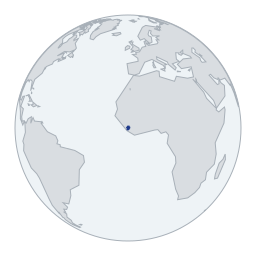 the Earth from above Eastern, rotated 357°
{"feature_id": "SLE-790", "entity_name": "Eastern", "entity_type": "Province", "adm_level": 1, "iso_a3": "SLE", "parent_name": "Sierra Leone", "parent_adm1": "", "projection": "orthographic", "projection_center": [-11.073, 8.208], "detail": "fine", "context": "on_globe", "style": "filled", "palette": "blue", "viewbox_px": 256, "rotation_deg": 357, "n_neighbors": 0, "source": "natural_earth", "source_scale": "10m", "svg_char_len": 8877}
<svg xmlns="http://www.w3.org/2000/svg" viewBox="0 0 256 256"><g transform="rotate(357 128 128)"><circle cx="128" cy="128" r="113" fill="#eef3f6" stroke="#a8b0b8"/><path d="M92.9,21.0L85.1,24.2L87.3,23.4L85.2,24.9L86.9,24.6L84.7,25.7L88.0,24.6L89.8,23.6L91.8,22.9L93.0,22.7L90.4,24.0L89.4,24.3L89.2,24.6L87.4,25.4L89.0,24.9L85.6,26.7L90.7,24.8L89.5,26.1L86.7,27.4L84.8,27.4L73.6,31.5L70.3,33.4L67.5,35.7L67.1,39.5L64.3,41.8L62.2,44.7L64.7,43.2L67.3,40.4L71.5,38.7L74.1,35.8L76.2,34.8L79.8,32.2L81.7,32.6L81.5,34.5L78.6,36.8L78.5,37.9L83.2,35.9L79.7,40.8L80.6,45.5L79.5,47.0L73.7,49.0L68.7,48.2L61.2,52.2L68.5,49.7L65.5,54.1L66.0,55.1L67.5,55.1L69.6,53.6L69.1,55.3L61.7,58.0L62.1,56.5L64.4,55.5L62.1,55.3L57.1,57.8L55.9,60.1L49.6,62.4L48.7,64.3L46.8,66.0L48.7,62.8L45.2,68.8L37.5,74.5L32.7,85.7L34.8,76.5L34.0,75.1L32.6,74.8L31.7,76.5L30.9,74.5L28.2,77.7L24.1,86.3L21.8,93.4L22.9,94.5L24.7,90.9L26.4,90.7L22.1,100.7L24.5,103.3L22.4,111.2L22.7,115.7L24.7,115.2L26.5,117.8L28.8,113.5L32.1,111.7L31.1,118.2L33.7,112.6L35.0,116.2L42.2,117.3L41.4,118.6L47.3,127.5L55.4,132.1L57.3,137.1L56.2,140.0L59.4,141.2L59.4,143.2L73.6,147.6L82.1,153.2L82.7,159.9L77.2,167.1L76.0,182.6L67.1,186.6L67.4,192.6L64.9,200.7L59.2,199.2L63.5,203.9L62.5,206.1L59.6,205.7L61.3,208.7L59.3,208.4L62.3,210.6L62.4,213.8L66.5,217.2L67.5,219.7L70.2,221.6L69.3,221.4L69.3,221.8L70.5,222.8L66.1,220.5L60.8,216.3L59.4,214.4L58.2,213.8L54.8,208.8L54.7,209.6L48.4,201.3L45.4,194.5L37.0,173.5L34.5,168.9L29.3,162.8L22.6,145.3L23.2,139.0L22.3,135.6L25.3,127.0L25.3,118.1L24.5,116.5L23.1,119.5L21.0,113.0L21.4,106.0L21.1,92.4L21.4,91.7L24.2,84.2L27.6,76.9L31.5,69.9L35.9,63.2L40.7,56.8L46.0,50.8L51.7,45.1L57.8,39.9L64.2,35.2L71.0,30.8L78.1,27.0L85.4,23.7L92.9,21.0ZM30.9,89.4L33.8,96.2L30.7,96.1L31.6,95.2L31.1,92.6L29.9,90.0L27.6,90.6L30.9,89.4ZM35.4,83.8L34.8,83.1L35.6,83.3L35.4,83.8ZM78.6,32.2L79.2,32.2L78.2,32.7L78.6,32.2ZM79.5,31.2L78.0,31.7L78.2,31.3L79.2,31.0L79.5,31.2ZM81.4,30.6L78.8,30.6L79.3,29.9L83.3,28.1L81.4,30.6ZM89.8,23.4L88.0,24.4L88.4,23.8L89.8,23.4ZM89.5,23.2L87.7,23.0L90.9,21.7L90.9,21.9L94.2,20.6L96.6,20.1L95.4,20.7L92.8,21.6L95.7,20.7L89.5,23.2ZM92.7,22.6L92.0,22.5L94.8,21.4L96.6,21.3L95.1,21.6L92.7,22.6ZM93.8,20.7L96.2,19.9L98.8,19.2L100.1,18.9L97.0,20.0L93.8,20.7ZM95.1,21.8L97.4,21.3L97.2,21.7L93.5,22.5L95.1,21.8ZM94.7,21.2L96.1,20.7L95.9,20.9L94.7,21.2ZM97.8,23.5L97.0,23.2L98.3,22.6L97.8,23.5ZM98.3,21.0L98.3,20.9L98.8,20.7L100.2,20.4L98.3,21.0ZM99.1,19.5L99.7,19.5L100.5,19.0L102.5,18.7L100.0,19.5L101.9,19.0L102.6,18.9L99.9,19.7L99.1,19.5ZM103.0,19.6L100.6,20.8L101.9,21.3L100.7,21.9L98.9,21.0L103.0,19.6ZM101.4,19.6L102.2,19.7L100.3,20.2L98.7,20.5L101.4,19.6ZM104.7,18.2L102.3,18.5L102.9,18.3L104.7,18.2ZM103.8,19.6L104.3,19.3L104.1,19.5L103.8,19.6ZM104.8,18.4L103.9,18.5L104.6,18.3L104.8,18.4ZM106.3,18.7L105.5,19.1L104.3,19.2L106.3,18.7ZM105.9,18.5L107.2,18.2L104.4,19.1L105.4,18.6L105.9,18.5ZM105.7,18.2L105.8,18.1L106.0,18.2L105.7,18.2ZM111.1,18.2L107.9,19.2L105.4,19.4L108.8,18.4L111.1,18.2ZM74.6,224.9L67.1,221.2L70.7,223.0L70.3,221.8L75.4,224.5L74.6,224.9ZM74.6,222.0L75.9,221.6L77.0,222.2L76.4,222.6L74.6,222.0ZM153.2,18.2L154.5,18.5L154.4,18.5L162.5,20.8L170.3,23.6L177.9,27.0L185.2,31.0L192.2,35.5L198.9,40.5L205.2,46.0L211.0,51.9L216.4,58.3L221.4,65.0L225.8,72.1L229.6,79.4L232.9,87.1L235.7,95.0L236.3,97.1L238.8,107.7L239.5,112.9L235.8,98.7L232.3,89.0L232.1,90.5L227.3,83.3L222.4,84.9L220.6,82.6L220.0,84.2L216.4,82.4L213.3,78.7L211.7,79.5L219.6,89.3L221.2,88.6L221.2,84.0L223.2,87.7L226.5,90.5L226.5,101.1L217.5,112.7L214.9,104.9L199.1,85.5L198.7,83.1L198.5,82.8L198.2,82.4L198.5,86.3L195.2,82.6L205.5,96.2L208.0,102.5L217.4,113.2L217.0,114.6L219.5,116.7L225.4,112.1L225.9,114.8L224.1,128.1L214.3,147.3L214.7,158.6L212.3,168.6L204.1,176.3L202.6,183.7L198.0,186.9L196.3,191.1L191.4,196.0L184.0,200.9L173.8,202.2L174.9,198.5L172.4,191.6L169.7,174.2L174.0,165.5L173.9,159.1L166.3,145.3L168.1,137.0L165.6,133.8L160.8,135.1L157.7,131.2L154.6,131.4L134.1,135.5L126.8,130.6L115.6,115.1L118.5,108.6L117.3,101.3L136.2,75.8L142.3,76.8L159.5,72.3L162.0,73.0L162.2,78.4L176.9,83.8L179.0,78.9L190.1,81.4L196.1,80.4L194.3,70.2L184.5,71.5L180.6,67.0L186.7,61.9L195.0,61.4L193.8,59.7L186.7,56.4L186.7,53.1L184.0,55.2L186.5,56.7L184.9,58.2L182.5,56.9L182.6,55.7L179.6,55.3L179.9,61.8L182.5,64.1L175.7,66.2L179.3,70.3L178.1,72.6L171.6,66.5L170.8,64.1L160.2,58.4L160.5,61.0L170.5,66.8L168.2,66.5L168.5,70.7L166.5,67.3L155.5,60.8L148.1,63.2L142.0,74.2L137.1,75.5L131.4,74.0L130.4,63.7L141.6,61.9L141.4,58.8L136.4,54.8L140.2,54.8L139.6,53.1L143.5,52.5L146.4,48.1L150.0,47.4L148.5,42.6L150.2,41.7L150.6,44.7L152.8,46.6L161.5,45.4L162.4,44.2L160.7,41.4L163.3,41.6L160.6,39.0L164.3,37.6L157.5,37.4L155.4,34.6L156.2,32.3L154.3,31.5L152.9,35.3L153.5,37.0L156.0,38.3L156.5,43.5L154.1,44.6L148.9,39.6L144.9,40.9L142.6,36.9L147.6,28.2L151.0,26.5L162.1,28.8L162.8,30.4L159.2,30.2L164.9,32.7L163.3,31.3L165.5,31.7L164.0,29.6L165.4,29.8L161.5,27.6L163.1,27.7L165.6,29.1L164.8,26.5L167.4,26.4L166.5,25.7L164.8,25.1L169.3,25.6L168.5,25.2L166.7,24.8L163.8,23.7L160.5,22.1L162.2,22.4L163.6,23.0L169.3,24.9L172.8,26.8L173.2,26.8L170.5,25.2L163.7,22.8L161.2,21.8L164.4,22.7L163.0,22.3L162.3,21.9L163.2,21.9L159.7,20.9L149.7,17.6L150.5,17.6L153.2,18.2ZM132.1,88.3L132.2,90.5L132.1,88.3ZM205.5,66.3L209.3,66.0L204.5,60.4L205.6,59.9L203.6,58.3L204.2,60.0L198.8,55.7L199.3,53.8L197.3,51.5L195.9,51.5L195.8,55.8L203.5,61.8L204.0,64.4L205.5,66.3ZM42.5,117.2L43.2,118.6L42.0,118.5L42.5,117.2ZM29.5,98.6L30.5,99.1L30.7,100.2L29.9,100.3L29.5,98.6ZM39.4,101.1L40.9,102.0L39.0,102.2L39.4,101.1ZM34.4,97.1L38.2,100.7L34.7,101.9L32.4,99.8L34.4,99.6L34.4,97.1ZM33.5,87.3L33.9,87.9L33.3,89.0L33.5,87.3ZM36.0,84.0L35.7,84.0L35.8,83.0L36.0,84.0ZM65.9,53.9L66.5,53.8L67.7,54.2L66.5,54.8L65.9,53.9ZM77.4,52.3L76.3,55.1L76.2,53.4L74.2,54.5L71.6,52.4L78.7,47.7L76.0,50.1L77.4,52.3ZM70.0,48.9L70.9,50.4L69.7,48.9L70.0,48.9ZM131.9,45.7L134.2,46.5L133.9,48.4L129.3,50.3L129.6,47.4L131.9,45.7ZM137.4,47.2L133.5,42.2L136.2,41.1L135.4,42.5L137.5,42.3L136.7,44.5L143.1,48.8L143.3,50.8L134.7,52.7L137.4,50.8L135.0,50.0L137.4,47.2ZM119.0,34.3L117.3,32.9L125.3,32.2L125.9,33.6L121.4,35.3L118.0,34.7L119.0,34.3ZM89.1,27.7L88.0,27.9L88.7,27.4L90.3,27.0L89.1,27.7ZM97.3,23.4L94.9,27.0L93.4,27.2L93.7,29.5L90.1,31.1L90.0,29.5L87.4,32.6L85.9,31.8L84.5,34.0L84.8,30.3L83.3,30.0L86.4,29.6L89.7,28.1L90.8,27.4L92.6,25.2L91.1,24.1L94.2,22.8L96.9,22.1L97.7,22.1L95.4,22.9L98.2,22.4L95.5,23.7L97.3,23.4ZM125.6,19.4L122.6,19.6L127.7,20.2L125.0,20.9L125.8,20.9L124.7,21.8L124.7,23.0L123.2,23.2L123.9,23.6L123.2,24.3L123.6,25.0L121.0,25.7L121.3,26.7L119.9,26.5L121.1,28.0L119.0,27.3L118.0,28.3L120.5,28.5L105.5,32.4L100.8,35.2L98.0,38.1L94.8,36.9L95.5,33.5L98.3,29.8L103.3,27.5L100.9,27.6L102.6,26.5L103.8,26.9L103.0,25.8L104.7,25.1L107.2,22.8L105.1,21.9L106.0,21.2L107.7,21.2L107.4,20.5L111.1,20.1L111.8,19.7L116.2,19.0L119.0,19.6L119.6,19.1L122.9,18.8L125.6,19.4ZM112.3,18.0L116.3,18.2L116.8,18.7L109.0,19.7L107.8,20.1L102.8,21.1L102.2,20.4L103.7,20.1L105.0,19.7L104.6,20.1L105.9,19.5L108.0,19.3L109.5,18.8L110.4,18.9L112.3,18.0ZM163.5,70.8L165.2,70.8L167.6,70.3L167.9,73.1L163.5,70.8ZM156.0,66.4L157.4,65.9L158.9,69.2L157.2,69.3L156.0,66.4ZM156.8,63.0L157.3,65.6L156.0,64.2L156.8,63.0ZM151.7,44.2L153.0,43.7L153.6,44.3L153.5,45.4L151.7,44.2ZM140.1,22.7L138.3,22.4L138.4,22.1L135.4,21.0L137.2,20.6L139.6,21.2L140.1,22.7ZM193.4,72.1L192.5,74.3L191.2,73.5L191.8,72.9L193.4,72.1ZM180.2,73.7L183.8,74.5L180.2,74.4L180.2,73.7ZM141.5,22.1L140.1,21.6L141.9,21.8L141.5,22.1ZM138.3,20.3L140.1,20.4L137.0,20.5L138.3,20.3ZM199.7,214.9L199.6,215.0L201.3,213.5L200.9,213.9L199.7,214.9ZM223.6,164.7L214.8,182.7L211.7,183.4L212.8,178.6L217.2,167.9L221.2,164.2L223.7,159.1L223.6,164.7ZM239.3,110.6L239.0,108.6L239.1,109.3L239.3,110.6ZM154.3,20.4L156.5,22.2L159.3,23.7L162.6,24.7L158.9,24.3L154.6,21.9L154.3,20.4ZM150.1,17.8L147.1,17.3L147.7,17.3L148.5,17.4L150.1,17.8ZM148.8,17.6L146.5,17.5L144.4,17.1L146.6,17.2L148.8,17.6ZM144.2,19.2L144.7,19.7L143.3,19.5L144.2,19.2Z" fill="#d9dde1" stroke="#a8b0b8" stroke-width="1"/><path d="M128.9,126.4L128.9,126.5L128.9,126.8L129.0,126.9L129.1,127.0L128.9,127.2L128.9,127.3L128.8,127.5L128.7,127.7L128.7,127.8L128.8,127.8L129.0,127.8L129.1,127.7L129.3,127.5L129.3,127.4L129.5,127.4L129.5,127.5L129.5,127.8L129.4,127.9L129.5,128.0L129.4,128.1L129.1,128.1L129.0,128.3L128.9,128.3L128.9,128.9L128.7,128.9L128.7,129.0L128.4,129.3L128.2,129.4L127.9,129.7L127.7,129.6L127.4,129.5L127.4,129.4L127.5,129.2L127.4,129.2L127.3,129.3L127.2,129.3L127.2,129.2L127.3,129.0L127.3,128.9L127.3,128.7L127.5,128.5L127.5,128.4L127.5,128.2L127.4,128.1L127.3,127.9L127.2,127.8L127.2,127.7L127.0,127.4L127.3,127.3L127.5,127.4L127.5,127.2L127.5,126.9L127.6,126.7L127.8,126.6L127.9,126.4L128.0,126.3L128.3,126.4L128.5,126.5L128.8,126.5L128.7,126.5L128.7,126.4L128.8,126.4L128.9,126.4Z" fill="#3b82f6" stroke="#1e3a8a" stroke-width="1.5"/></g></svg>